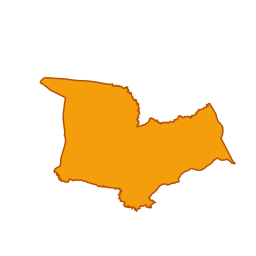 the district of Non Daeng, Nakhon Ratchasima, Thailand, rotated 64°
{"feature_id": "78962969B77255700381962", "entity_name": "Non Daeng", "entity_type": "district", "adm_level": 2, "iso_a3": "THA", "parent_name": "Thailand", "parent_adm1": "Nakhon Ratchasima", "projection": "robinson", "projection_center": [102.541, 15.454], "detail": "fine", "context": "isolated", "style": "filled", "palette": "amber", "viewbox_px": 256, "rotation_deg": 64, "n_neighbors": 0, "source": "geoboundaries", "source_scale": "gbopen_adm2", "svg_char_len": 5964}
<svg xmlns="http://www.w3.org/2000/svg" viewBox="0 0 256 256"><g transform="rotate(64 128 128)"><path d="M81.6,122.7L81.2,124.5L80.1,126.4L77.1,130.8L72.2,137.2L67.5,144.6L63.2,152.7L58.9,159.4L57.1,161.8L47.8,178.0L46.6,180.4L46.3,182.1L47.4,185.3L48.4,186.7L48.9,186.8L49.9,186.5L50.4,186.1L50.6,185.6L57.1,182.3L58.7,181.8L60.3,180.9L72.1,171.8L73.4,171.0L85.9,179.4L91.2,182.2L103.5,186.4L105.2,187.4L106.2,188.1L110.2,188.8L113.7,190.7L116.6,193.0L124.9,200.8L126.6,202.0L129.8,203.7L132.4,205.9L132.6,209.9L132.8,211.4L134.1,213.1L134.5,212.9L135.2,213.5L135.7,213.5L135.9,213.2L136.0,212.2L136.5,211.8L137.1,212.0L138.0,211.9L138.6,212.7L138.8,212.7L138.9,212.1L138.2,211.5L138.3,211.2L138.6,211.0L139.2,211.2L139.5,212.1L140.0,211.9L140.7,210.7L141.6,211.2L141.6,212.2L141.9,212.2L142.2,211.6L142.6,211.4L143.0,211.6L143.5,212.4L144.7,212.1L144.7,210.8L144.9,210.5L145.4,211.1L146.5,211.3L146.9,210.7L147.0,209.6L147.9,209.0L148.4,208.1L149.0,208.1L149.8,206.7L149.8,206.2L150.3,205.8L149.6,204.9L149.5,203.9L148.5,203.4L148.3,202.9L150.4,201.1L150.7,200.3L151.3,200.3L151.4,198.1L152.3,197.6L152.2,196.3L152.8,196.0L153.2,195.3L153.7,194.8L154.3,193.0L155.4,191.7L156.9,190.5L157.7,188.9L159.1,188.4L160.0,187.1L162.6,184.5L164.9,181.7L166.1,180.8L167.7,180.1L167.7,178.9L169.7,177.0L169.4,175.4L170.5,175.4L170.5,174.5L171.9,173.3L172.3,172.3L173.0,171.8L173.7,170.2L175.9,166.8L176.4,166.3L177.3,166.2L177.2,165.3L177.6,164.6L177.3,163.6L178.5,163.3L178.4,162.3L178.9,162.3L179.3,161.8L180.0,162.3L180.5,161.5L180.8,161.6L180.8,162.1L181.2,162.2L181.5,162.0L181.7,161.5L182.1,161.3L182.3,161.6L182.0,163.4L182.2,163.6L183.2,163.5L184.0,164.3L184.1,164.6L183.6,165.1L183.7,165.6L184.8,165.1L185.4,165.7L186.3,165.6L186.8,166.6L187.5,167.1L188.1,166.4L189.5,166.0L190.1,166.1L190.2,166.7L190.4,166.9L191.4,165.2L192.3,164.7L193.4,163.4L193.8,163.5L194.9,164.7L195.0,165.5L196.4,165.0L196.9,165.3L197.4,165.3L198.0,164.6L198.0,163.9L198.8,163.2L198.6,163.0L197.8,162.9L197.9,162.1L199.4,162.5L199.9,161.8L199.2,161.4L199.2,160.9L200.6,160.3L201.4,159.5L202.2,159.7L202.0,159.1L201.3,158.4L201.4,157.7L202.7,157.5L203.1,157.2L203.9,157.6L204.1,157.4L203.8,156.7L204.0,156.5L205.0,157.5L205.5,156.6L206.3,156.5L205.0,154.5L205.5,152.6L204.5,152.5L203.8,152.1L203.8,151.1L204.4,150.3L203.9,149.5L204.3,148.7L204.8,148.4L204.9,146.2L205.1,145.6L205.5,145.5L206.7,146.0L207.2,146.0L207.8,144.9L207.8,143.7L208.8,144.0L208.9,143.1L209.6,142.7L209.7,142.1L209.1,141.7L208.2,141.7L207.3,141.1L207.2,139.9L206.6,137.9L206.9,136.3L206.1,136.8L205.4,136.8L204.9,137.7L204.3,137.4L203.7,137.7L203.7,138.6L203.1,138.9L203.0,139.4L202.2,139.6L201.6,139.3L200.8,139.7L200.4,139.4L199.9,139.8L197.6,134.8L197.3,133.9L197.6,133.7L197.4,132.8L195.8,128.3L194.5,126.2L193.9,124.7L193.8,121.1L194.7,119.1L195.4,118.2L196.7,117.2L197.1,111.9L197.9,110.8L197.9,108.3L198.7,106.0L197.6,105.3L195.8,105.1L195.2,104.6L194.5,102.5L193.0,100.6L192.2,96.3L192.2,94.2L192.6,92.3L192.0,89.1L192.4,88.1L194.1,86.7L196.3,83.9L197.5,82.1L197.9,80.7L197.7,77.0L196.9,73.6L196.2,68.4L195.6,66.5L194.6,65.6L194.6,63.7L194.1,61.0L194.4,60.6L197.6,58.5L198.2,57.2L198.8,56.4L199.4,53.2L200.4,52.1L203.7,50.4L205.1,50.1L206.8,47.7L207.5,47.4L206.3,47.4L204.0,48.3L203.0,48.4L177.8,48.9L175.4,46.0L174.2,45.1L172.4,44.1L168.7,42.5L166.6,42.7L161.0,44.1L159.7,44.1L153.6,42.9L141.9,43.9L141.5,44.4L142.2,46.6L141.4,46.9L141.3,47.2L141.6,47.4L142.3,47.0L142.7,47.2L143.3,46.9L143.1,47.6L143.7,48.7L143.6,49.3L142.9,50.1L143.4,51.1L143.8,53.0L143.2,54.4L143.0,55.9L142.4,56.5L142.7,56.9L143.3,57.0L143.4,57.6L143.8,57.9L143.6,58.8L144.5,59.2L144.3,60.4L144.5,60.5L145.0,60.2L145.6,60.5L145.4,61.5L145.6,63.2L145.4,64.2L145.0,64.5L144.8,65.0L145.1,65.6L145.3,66.3L146.1,65.9L146.3,66.1L146.4,66.5L146.1,66.9L146.2,67.7L144.7,67.8L144.5,68.3L143.6,69.4L143.4,71.2L142.6,71.7L143.0,72.8L142.6,73.6L142.6,74.1L141.9,74.2L140.7,75.3L140.4,75.8L139.8,75.9L140.0,76.6L139.6,77.0L139.6,77.3L140.3,77.7L140.3,78.2L141.0,79.1L141.8,80.9L141.8,81.5L141.0,82.0L140.9,82.7L141.6,83.0L141.6,83.4L142.7,84.1L142.1,84.3L142.1,85.5L141.4,86.0L141.3,86.5L140.7,86.8L140.7,87.5L141.2,89.6L140.1,90.2L139.9,90.6L140.1,91.1L139.6,91.8L139.6,92.3L138.8,92.8L139.0,93.9L138.5,94.5L138.0,94.7L138.0,95.7L138.6,95.8L138.4,96.8L137.9,96.8L137.1,97.4L137.2,98.1L136.1,98.5L135.9,98.5L135.8,98.1L135.4,98.4L134.0,98.3L134.1,99.7L133.5,99.5L133.0,100.6L132.5,100.4L132.1,100.5L131.8,100.9L130.5,101.5L130.2,102.3L129.2,102.7L129.1,103.7L129.4,104.1L129.1,104.3L129.1,104.6L129.8,104.7L131.9,107.6L132.0,110.1L132.5,111.7L131.9,112.4L132.0,113.6L132.2,114.2L131.6,115.3L131.6,115.8L131.0,118.1L131.0,119.2L130.6,119.3L130.0,118.4L129.3,118.1L129.3,117.2L129.1,116.8L127.5,115.7L127.0,115.8L126.2,115.4L126.1,115.6L126.5,116.1L126.4,116.2L125.3,116.2L124.8,116.4L123.7,116.1L123.7,115.4L124.0,114.9L123.5,114.5L123.4,114.0L122.8,113.8L122.4,114.0L121.9,114.0L121.8,113.4L120.7,112.7L120.0,111.2L119.3,111.3L118.8,110.8L118.4,110.7L118.0,111.0L117.2,111.0L116.8,111.7L116.4,111.3L116.0,109.6L115.0,109.3L114.2,109.6L113.6,109.5L113.1,109.0L112.7,109.1L111.9,108.9L111.6,108.2L111.2,107.9L110.7,108.4L110.9,109.3L110.7,109.4L109.9,109.2L110.1,108.6L109.9,108.4L108.4,109.0L107.5,109.0L107.1,108.3L105.9,108.6L105.7,108.9L106.2,109.3L106.2,109.7L105.8,110.5L105.2,110.2L103.0,110.5L102.2,110.2L101.6,110.7L101.0,110.8L100.3,110.4L98.8,110.5L98.3,109.7L98.0,109.6L97.8,109.8L97.8,111.2L97.6,111.2L97.1,110.9L96.9,111.3L96.2,111.9L95.7,112.0L95.3,112.6L95.1,112.4L95.2,111.1L95.1,110.8L94.4,111.2L93.8,111.0L93.3,111.6L92.6,111.5L92.5,111.1L92.0,111.1L91.7,110.7L91.3,110.8L91.1,111.6L90.5,111.2L90.4,112.1L90.7,112.7L90.8,113.6L90.2,113.8L89.8,115.3L88.9,115.5L88.6,115.3L87.9,115.7L87.0,116.9L86.9,117.6L86.2,117.6L86.3,118.2L85.8,118.4L85.9,119.0L85.5,119.2L85.5,119.7L84.3,120.0L84.4,120.8L84.8,121.6L84.6,122.1L83.5,123.2L83.1,123.0L82.9,122.5L81.9,122.8L81.6,122.7Z" fill="#f59e0b" stroke="#b45309" stroke-width="1.5"/></g></svg>